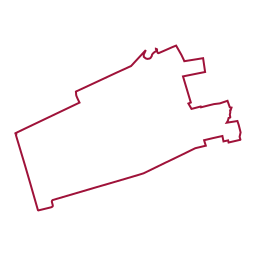 Tia Mare, Olt, Romania
{"feature_id": "2599482B77725047520626", "entity_name": "Tia Mare", "entity_type": "district", "adm_level": 2, "iso_a3": "ROU", "parent_name": "Romania", "parent_adm1": "Olt", "projection": "mercator", "projection_center": [24.632, 43.857], "detail": "fine", "context": "isolated", "style": "outline", "palette": "rose", "viewbox_px": 256, "rotation_deg": 0, "n_neighbors": 0, "source": "geoboundaries", "source_scale": "gbopen_adm2", "svg_char_len": 1630}
<svg xmlns="http://www.w3.org/2000/svg" viewBox="0 0 256 256"><path d="M240.4,139.6L240.0,138.2L239.6,136.8L240.6,132.4L238.7,124.9L237.4,121.0L233.8,121.6L226.7,122.7L227.9,120.7L228.6,118.0L230.0,117.6L230.3,117.2L229.8,114.7L230.1,113.4L230.3,112.1L230.1,110.4L230.6,110.3L231.5,107.6L229.8,107.3L227.5,100.8L219.8,103.4L214.0,104.1L210.2,105.0L201.0,107.3L200.7,106.5L193.1,108.5L191.5,108.9L188.4,103.5L190.8,102.5L183.0,76.4L198.0,73.4L205.1,72.0L203.1,58.2L201.1,58.5L197.5,59.1L184.3,61.2L183.7,59.7L181.4,54.9L176.4,46.1L176.1,45.6L172.4,47.1L164.0,50.8L158.7,53.1L158.1,53.1L157.7,52.8L157.4,52.0L156.9,51.4L157.1,49.9L156.8,49.1L155.9,48.8L155.9,49.2L156.2,49.6L156.5,50.2L156.3,51.0L156.0,51.2L154.5,52.1L152.8,53.6L152.0,54.8L151.7,56.2L150.4,58.1L149.3,58.6L147.3,58.9L145.7,58.4L143.8,56.8L143.7,54.7L145.8,50.1L131.1,66.0L116.2,72.8L99.5,80.6L76.0,91.5L75.9,91.6L76.1,93.8L76.1,94.3L76.3,95.6L76.7,96.6L77.6,98.7L79.5,102.6L25.4,128.4L15.4,133.2L15.4,133.4L15.9,133.4L16.2,133.6L16.3,133.8L16.3,134.2L16.2,134.4L16.2,134.8L16.1,135.0L16.0,135.3L16.6,137.4L20.6,150.7L20.7,151.1L23.0,158.7L25.3,166.4L30.4,183.9L37.6,209.0L37.9,210.0L38.0,210.2L38.3,210.4L41.3,209.7L51.1,207.3L51.8,207.0L52.1,206.8L52.5,206.5L52.7,206.2L52.8,205.5L52.7,205.0L52.5,204.2L51.9,202.1L51.8,201.7L51.9,201.2L52.1,200.6L52.4,200.3L52.8,200.0L96.1,187.3L109.6,183.4L138.8,174.8L143.6,173.3L166.6,162.1L166.9,162.0L177.9,156.7L195.3,148.2L205.8,145.7L204.8,142.6L204.1,140.2L210.9,138.6L213.0,138.1L222.4,136.0L223.5,141.4L228.1,140.4L228.6,142.5L236.0,140.8L240.3,139.8L240.4,139.6Z" fill="none" stroke="#9f1239" stroke-width="2"/></svg>